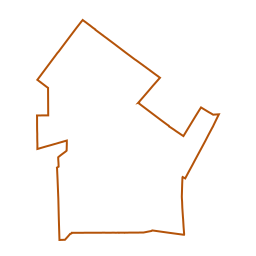 Baraganul, Braila, Romania (Albers equal-area conic projection), rotated 88°
{"feature_id": "2599482B45742388682810", "entity_name": "Baraganul", "entity_type": "district", "adm_level": 2, "iso_a3": "ROU", "parent_name": "Romania", "parent_adm1": "Braila", "projection": "albers", "projection_center": [27.528, 44.82], "detail": "fine", "context": "isolated", "style": "outline", "palette": "amber", "viewbox_px": 256, "rotation_deg": 88, "n_neighbors": 0, "source": "geoboundaries", "source_scale": "gbopen_adm2", "svg_char_len": 2023}
<svg xmlns="http://www.w3.org/2000/svg" viewBox="0 0 256 256"><g transform="rotate(88 128 128)"><path d="M237.5,200.4L237.5,196.6L237.5,194.9L234.5,192.0L233.0,190.6L232.1,189.8L231.8,189.5L231.8,189.1L231.2,187.9L230.8,187.8L231.0,180.9L231.8,155.4L232.0,150.8L232.1,146.5L232.2,144.3L232.3,141.0L232.4,140.9L232.4,140.6L232.4,140.4L232.3,140.2L232.5,135.3L232.6,135.1L232.6,134.9L232.5,134.6L232.5,134.4L232.5,134.0L232.8,124.3L233.0,116.1L231.7,108.0L231.2,107.4L232.0,102.8L232.6,99.5L234.1,90.9L235.4,83.3L236.6,76.2L236.6,75.7L236.0,75.6L228.9,75.9L220.9,76.1L219.2,76.2L209.6,76.5L209.1,76.5L205.5,76.5L204.3,76.5L203.4,76.5L200.4,76.6L198.3,76.6L196.8,76.5L185.9,75.8L179.3,75.3L178.9,75.1L180.4,72.6L173.8,68.8L167.2,64.9L163.0,62.5L143.5,51.1L143.3,51.0L137.6,47.8L130.0,43.4L129.8,43.2L128.0,42.3L121.2,38.7L117.5,36.7L117.6,40.9L117.7,42.4L116.0,45.0L115.0,46.7L110.0,54.3L112.6,56.1L118.1,59.8L138.0,72.9L137.3,73.9L136.1,75.6L134.9,77.2L132.9,80.0L131.2,82.2L128.7,85.7L127.8,87.0L127.2,87.1L126.8,87.6L126.8,87.8L124.8,90.3L121.4,94.6L114.5,103.1L104.1,115.9L103.7,115.9L103.3,115.9L103.1,116.0L103.0,116.4L103.1,116.8L92.2,106.7L86.6,101.6L78.9,94.3L73.2,101.5L62.0,115.7L60.3,117.9L59.7,118.8L52.3,128.0L42.5,140.0L28.8,157.1L28.7,157.2L28.4,157.2L27.9,157.8L27.7,158.1L26.4,159.8L25.2,161.2L24.7,161.8L20.5,167.0L19.5,168.3L18.6,169.4L18.5,169.5L20.3,171.1L26.4,176.2L34.4,182.7L38.5,186.0L39.6,186.9L44.8,191.1L49.4,194.8L50.4,195.8L76.7,216.9L80.2,212.6L83.7,208.3L85.1,206.5L112.6,207.3L112.3,218.5L114.0,218.5L123.0,218.8L127.2,218.9L130.9,218.9L133.0,219.0L137.5,219.1L140.7,219.1L145.8,219.3L143.9,211.8L143.6,210.6L142.6,206.4L138.4,189.6L141.8,189.7L144.8,189.9L146.6,190.0L147.9,190.1L148.3,190.1L148.5,190.2L148.7,190.3L149.8,191.8L151.5,194.3L152.9,196.3L154.1,197.9L154.5,198.5L154.9,198.8L155.8,198.8L157.4,198.8L160.5,198.7L164.2,198.7L165.0,200.2L165.1,200.4L166.5,200.3L176.6,200.2L196.3,200.1L215.7,200.3L235.6,200.4L237.5,200.4Z" fill="none" stroke="#b45309" stroke-width="2"/></g></svg>